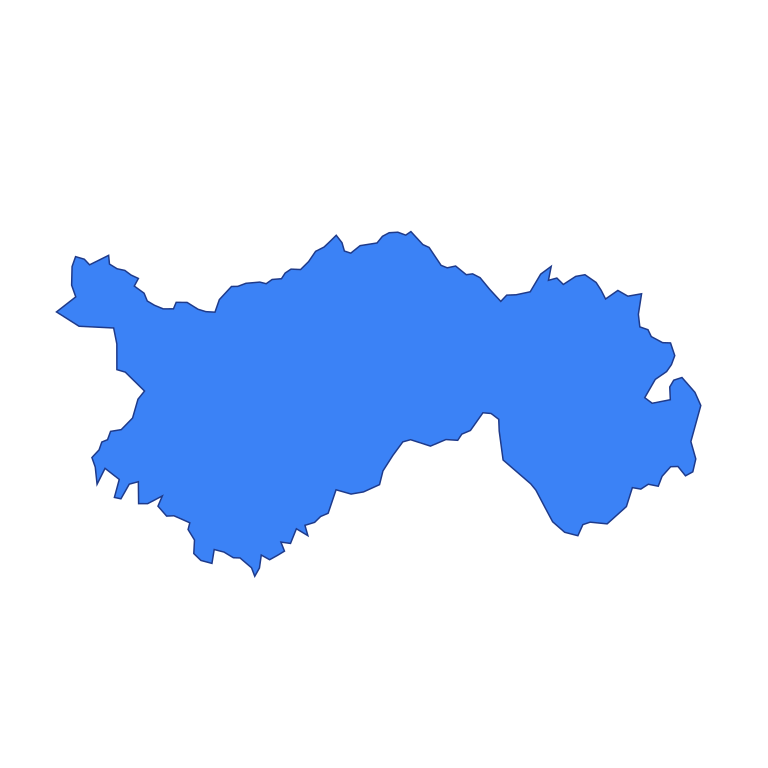 the district of Trindade do Sul, Rio Grande do Sul, Brazil, rotated 348°
{"feature_id": "56859067B60516557813465", "entity_name": "Trindade do Sul", "entity_type": "district", "adm_level": 2, "iso_a3": "BRA", "parent_name": "Brazil", "parent_adm1": "Rio Grande do Sul", "projection": "equal_earth", "projection_center": [-52.905, -27.526], "detail": "fine", "context": "isolated", "style": "filled", "palette": "blue", "viewbox_px": 768, "rotation_deg": 348, "n_neighbors": 0, "source": "geoboundaries", "source_scale": "gbopen_adm2", "svg_char_len": 2417}
<svg xmlns="http://www.w3.org/2000/svg" viewBox="0 0 768 768"><g transform="rotate(348 384 384)"><path d="M572.0,303.7L560.1,309.1L546.2,324.2L531.8,324.2L522.5,322.6L515.4,327.5L506.9,313.1L500.1,300.0L493.6,294.7L487.2,294.2L478.6,283.5L470.0,283.5L464.5,279.8L456.5,259.8L451.0,255.7L442.0,240.5L436.2,242.9L429.1,238.4L420.5,237.1L413.2,239.2L406.5,244.6L389.4,243.7L378.7,249.1L372.9,245.7L372.3,237.1L368.2,228.6L359.4,234.2L353.8,237.6L344.7,240.0L335.7,248.6L326.2,254.7L316.9,252.3L310.4,254.9L305.6,259.7L296.3,258.5L289.6,261.4L283.7,258.5L269.9,256.8L261.3,258.1L255.1,256.9L240.5,267.2L233.6,278.6L224.8,276.2L217.6,272.2L208.4,263.3L197.7,260.9L193.7,266.7L183.6,264.6L175.9,259.3L169.7,253.6L168.2,245.3L160.1,236.3L165.7,229.7L159.2,224.8L154.1,219.0L146.9,215.8L140.4,209.6L141.4,200.9L120.8,206.2L116.8,199.6L108.8,195.3L103.3,204.3L99.0,222.4L100.6,234.7L78.6,245.4L97.7,264.1L131.2,273.0L131.0,289.3L125.7,314.4L133.4,318.6L148.3,341.1L140.2,347.7L131.0,365.0L117.5,374.0L106.7,373.5L102.0,381.0L95.9,382.1L91.6,389.2L83.0,395.2L84.3,405.2L82.5,422.4L93.6,408.5L105.2,422.3L96.7,438.9L102.8,441.6L107.9,435.9L114.0,429.0L123.4,428.5L119.1,450.0L127.9,451.9L143.9,447.4L137.5,456.5L143.9,468.0L151.1,469.2L165.2,479.4L162.1,485.6L166.2,497.2L162.7,510.3L168.2,518.5L178.4,523.7L183.5,510.6L192.5,515.1L200.5,522.6L207.0,524.2L216.2,536.2L217.6,545.2L223.9,538.1L228.4,525.8L235.6,532.1L244.1,529.5L251.9,526.8L250.3,517.2L259.4,520.5L268.2,507.4L278.0,516.5L277.3,505.8L287.4,504.9L294.5,500.4L302.5,498.8L315.1,477.5L328.9,484.8L341.5,485.3L358.7,481.5L364.9,468.8L377.8,455.7L390.4,444.5L398.4,444.0L416.5,454.4L433.0,451.2L444.4,454.4L449.7,449.2L458.9,447.4L474.8,432.7L482.6,435.1L488.9,442.4L486.9,454.0L484.7,483.1L506.8,512.2L510.5,519.4L516.0,538.9L520.3,553.8L529.9,566.6L542.1,572.7L549.3,562.9L556.9,562.0L573.2,567.2L595.6,554.3L605.4,537.0L613.4,540.2L621.7,537.0L631.0,541.0L636.8,532.1L647.2,524.5L654.4,525.8L659.8,536.5L667.8,534.1L673.4,522.1L672.2,504.1L689.4,470.9L686.4,456.8L676.8,439.6L668.2,440.5L662.9,446.3L660.8,458.9L642.3,458.6L636.2,451.6L650.3,435.9L663.0,430.6L669.2,424.8L674.3,416.7L672.8,403.4L665.1,401.5L655.3,393.2L653.5,385.8L646.1,381.3L647.3,368.7L654.7,349.3L640.8,348.8L632.2,341.1L618.4,346.9L615.9,337.5L612.6,328.8L603.3,318.9L593.9,318.6L580.1,323.9L575.1,316.3L566.4,316.8L572.0,303.7Z" fill="#3b82f6" stroke="#1e3a8a" stroke-width="1.5"/></g></svg>